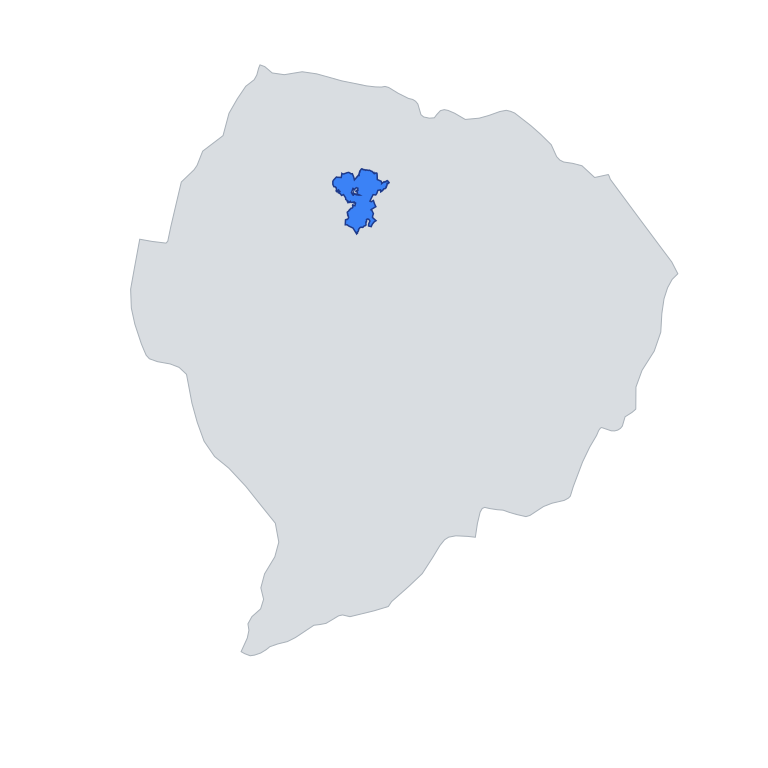 Marondera, Mashonaland East, Zimbabwe (highlighted), rotated 281°
{"feature_id": "62879985B19621940565976", "entity_name": "Marondera", "entity_type": "district", "adm_level": 2, "iso_a3": "ZWE", "parent_name": "Zimbabwe", "parent_adm1": "Mashonaland East", "projection": "orthographic", "projection_center": [31.543, -18.251], "detail": "fine", "context": "in_parent", "style": "filled", "palette": "blue", "viewbox_px": 768, "rotation_deg": 281, "n_neighbors": 0, "source": "geoboundaries", "source_scale": "gbopen_adm2", "svg_char_len": 7285}
<svg xmlns="http://www.w3.org/2000/svg" viewBox="0 0 768 768"><g transform="rotate(281 384 384)"><path d="M548.3,651.4L541.7,646.9L532.6,644.0L521.1,642.6L506.1,643.3L487.7,645.8L467.9,643.0L446.7,634.7L429.1,631.9L408.2,635.8L407.3,635.9L403.6,633.0L397.8,626.9L388.2,626.0L385.6,624.6L383.4,622.3L382.0,619.4L381.4,616.1L382.8,605.9L381.9,604.8L379.3,603.6L374.1,602.5L361.4,598.0L345.4,593.8L319.6,589.4L309.5,588.3L307.2,586.8L304.2,583.2L299.0,571.6L294.2,564.0L282.8,552.3L280.9,548.6L281.2,539.2L281.9,531.5L282.9,525.0L282.2,519.0L281.9,511.4L282.1,506.4L280.6,504.2L276.5,502.8L264.9,502.3L251.0,502.9L250.4,495.3L248.7,483.5L246.0,476.7L242.7,473.2L236.1,469.7L223.0,464.9L205.1,457.7L189.7,446.7L171.9,433.0L166.4,430.7L159.5,417.6L149.1,395.0L149.4,387.4L147.8,383.7L138.0,372.8L135.7,367.1L133.8,361.2L118.1,345.3L112.7,338.3L108.5,329.2L104.3,322.0L100.9,319.2L96.4,314.3L93.2,308.7L91.7,304.5L92.7,298.7L94.0,294.8L108.6,298.3L116.5,298.4L122.6,296.2L130.4,298.7L139.7,305.8L149.7,306.9L160.4,302.0L174.9,303.0L193.5,309.8L208.7,310.9L226.6,303.9L242.3,285.3L257.2,267.8L271.8,247.7L280.5,231.5L293.5,218.3L310.9,207.9L328.6,199.1L355.8,188.3L361.2,179.7L362.9,170.3L362.7,157.4L364.0,148.9L366.8,145.1L371.3,142.0L377.2,138.1L395.2,128.0L410.3,121.5L428.7,117.2L448.9,116.9L468.4,116.7L479.5,116.6L479.7,129.1L480.7,143.1L482.9,144.5L497.5,144.7L521.0,145.6L543.6,146.5L558.1,156.7L563.0,158.8L578.0,161.6L597.1,178.6L620.2,180.2L636.0,185.6L649.9,191.5L657.9,198.5L663.1,200.2L670.2,200.7L673.6,201.4L672.8,206.4L668.0,214.9L668.6,227.1L674.9,244.1L675.6,258.8L673.5,284.8L673.3,309.9L674.0,318.9L675.0,324.9L676.3,328.2L676.0,331.9L672.1,342.4L669.0,353.5L668.8,357.9L667.6,361.0L665.3,363.8L655.4,368.9L653.7,372.0L653.6,377.8L654.9,382.6L658.6,384.4L663.1,387.2L664.8,390.8L664.8,394.6L663.3,401.6L659.2,413.3L663.1,426.7L667.5,435.5L673.5,445.6L676.0,451.8L675.8,456.3L674.9,460.6L665.6,478.9L658.9,490.3L650.8,502.5L640.1,510.1L637.4,513.8L636.2,518.0L636.6,527.1L636.0,536.7L626.9,551.4L632.4,564.2L631.1,565.3L628.1,567.1L615.0,581.4L601.8,595.8L592.2,606.3L581.3,618.3L569.1,631.7L558.7,643.2L548.3,651.4Z" fill="#d9dde1" stroke="#a8b0b8" stroke-width="1"/><path d="M542.8,345.0L544.9,341.5L545.4,340.9L546.9,340.8L549.2,341.1L552.3,338.8L552.5,338.0L553.0,338.3L556.2,341.8L556.3,342.0L556.5,342.2L558.9,340.4L562.1,338.6L560.5,336.7L560.8,335.3L563.7,336.0L567.8,337.2L568.0,339.8L569.8,340.6L572.9,341.0L573.5,342.5L573.9,343.5L572.0,344.1L572.2,344.3L572.7,344.9L573.0,345.1L573.3,345.4L573.5,345.3L573.7,345.6L573.8,345.7L574.1,345.7L574.3,346.0L574.6,346.3L575.1,346.3L575.5,346.5L575.7,346.9L575.9,347.7L576.3,348.0L576.6,348.1L576.8,348.2L576.8,348.4L577.0,348.6L577.7,348.7L578.4,348.4L578.6,348.6L578.8,348.8L579.0,349.0L579.4,348.9L579.9,349.0L580.2,348.9L580.4,348.9L580.7,348.8L581.0,348.8L581.4,348.8L581.2,349.2L581.3,349.6L581.6,349.8L582.0,349.8L582.3,350.0L582.3,350.4L582.6,350.6L583.0,350.3L583.0,349.8L583.4,349.6L583.5,349.4L584.1,348.9L584.1,348.7L584.0,348.4L584.2,348.2L582.7,346.6L582.3,346.3L582.6,345.5L580.4,343.6L580.5,343.6L582.5,342.5L583.4,338.4L587.4,337.5L588.8,337.1L589.5,336.9L589.6,336.5L589.7,336.1L589.7,335.9L589.6,335.7L589.4,335.6L589.2,335.3L589.1,335.1L589.1,334.9L588.7,334.7L588.7,334.1L589.2,333.9L589.4,333.7L589.6,333.7L589.4,333.2L589.7,333.0L589.8,332.7L589.9,332.4L590.1,332.1L590.2,331.9L590.4,331.8L590.5,331.6L590.5,330.9L590.5,330.7L590.7,330.3L590.7,330.2L590.8,329.8L590.9,329.6L591.0,329.3L591.1,329.1L591.0,328.8L591.0,328.5L590.7,328.1L590.7,327.5L590.8,327.3L590.7,326.9L590.8,326.7L590.7,326.2L590.6,325.9L590.8,325.6L590.8,325.4L590.5,325.2L590.4,325.0L590.3,324.9L590.5,324.7L590.5,324.2L590.6,323.8L590.6,323.7L590.5,323.4L590.7,323.2L590.5,322.9L590.4,322.7L590.5,322.2L590.6,321.9L590.9,321.8L590.9,321.5L591.0,321.3L591.0,321.2L590.9,320.9L590.6,320.7L589.8,320.3L589.4,320.2L588.8,320.0L588.7,320.0L588.6,319.8L588.4,319.6L588.1,319.7L587.9,319.6L587.7,319.8L587.4,319.8L587.1,319.8L586.8,319.7L586.5,319.4L586.3,319.4L586.1,319.4L585.9,319.5L584.9,319.4L584.7,319.3L584.6,319.5L584.3,319.8L584.0,319.8L584.1,319.1L582.6,318.2L582.6,318.3L578.7,316.0L580.5,315.2L580.9,315.0L581.0,315.0L582.6,314.0L584.4,312.8L584.3,312.5L584.2,312.4L584.2,312.2L584.1,311.9L584.2,311.6L584.1,311.2L584.5,310.7L584.7,309.8L584.8,309.6L585.0,309.1L584.4,307.5L583.7,306.4L582.5,304.3L582.4,302.8L582.6,302.5L578.5,302.6L578.4,302.4L578.5,301.9L578.4,301.4L578.4,301.0L578.3,300.7L578.2,300.1L578.2,299.7L578.1,299.2L578.0,298.9L578.1,297.8L574.6,295.6L573.2,295.1L570.2,295.7L568.1,297.2L568.2,298.3L568.2,298.8L567.7,299.2L567.6,299.5L567.4,299.7L567.1,299.8L566.8,299.8L566.2,300.2L565.8,300.2L565.7,300.3L565.4,300.4L565.2,300.3L564.8,300.3L564.7,300.2L564.6,300.3L564.6,300.5L564.4,300.5L564.3,300.3L564.2,300.3L564.1,300.5L563.9,300.8L563.7,301.0L564.0,301.8L565.3,302.0L565.8,302.3L565.7,302.4L565.7,302.5L565.4,302.6L565.3,302.9L565.0,303.1L564.7,303.2L564.7,303.8L564.5,304.0L564.4,304.1L563.0,302.9L562.4,304.8L561.0,306.4L562.2,308.1L559.4,310.8L557.9,311.2L556.8,313.4L556.2,313.1L555.1,314.1L556.1,314.8L555.7,315.5L556.8,316.1L556.5,316.3L556.0,316.8L555.9,317.0L556.0,317.2L556.9,319.8L556.0,319.9L556.0,320.7L556.5,320.9L556.2,321.6L553.4,321.4L553.6,320.0L554.0,319.2L553.4,319.1L553.0,319.1L552.5,319.5L552.2,319.6L551.5,319.6L551.4,319.6L551.0,319.4L550.8,319.3L550.6,319.0L550.4,318.7L550.3,318.2L550.2,318.0L549.9,317.9L549.6,317.8L549.2,317.6L549.0,317.4L548.9,317.1L548.7,316.9L548.2,317.0L548.0,316.7L547.6,316.5L547.5,316.4L547.1,316.4L546.8,316.2L546.3,315.6L545.8,315.2L545.5,315.2L545.0,315.3L544.9,315.4L544.7,315.5L544.4,315.9L544.2,315.9L543.9,315.8L543.6,316.0L543.4,316.0L543.2,316.1L542.9,316.1L542.8,316.3L542.8,316.5L542.4,316.5L542.3,316.8L542.1,316.9L541.7,316.9L541.4,317.2L541.0,317.4L540.4,317.5L540.1,317.4L539.8,317.3L539.2,317.0L539.0,316.9L538.8,316.8L538.4,316.4L538.4,316.1L538.4,315.6L538.0,315.2L537.8,314.9L532.9,315.6L533.0,316.2L533.1,316.7L533.3,317.3L532.4,319.1L531.8,321.4L531.2,323.8L526.1,328.5L526.6,328.7L526.9,329.1L527.0,329.2L527.3,329.2L527.5,328.9L527.8,328.7L528.1,328.7L528.3,328.9L528.8,329.5L529.4,329.6L529.8,329.7L530.0,329.7L530.3,329.6L530.5,329.5L530.8,329.6L531.1,329.6L531.4,329.9L531.7,329.9L532.1,330.2L532.5,330.3L532.8,330.5L533.2,330.9L533.3,331.2L533.4,331.3L533.5,331.4L533.5,332.0L533.7,332.3L533.6,332.9L533.8,333.1L533.8,333.4L533.9,333.5L534.0,333.5L535.4,334.4L535.8,335.4L536.7,336.0L539.5,335.3L539.7,335.8L540.9,335.8L542.0,335.4L542.8,336.1L542.7,337.0L542.9,337.5L541.3,339.1L538.0,338.4L536.2,338.7L536.0,341.4L538.6,342.0L541.4,343.5L542.8,345.0ZM563.3,317.8L565.8,317.3L564.4,316.6L564.8,316.3L565.6,315.5L567.9,315.9L568.0,315.9L570.1,316.2L570.0,316.7L569.4,317.1L569.6,317.4L569.2,317.7L568.9,317.7L570.0,318.4L571.4,319.3L571.3,319.5L571.3,320.4L571.2,321.0L570.3,321.1L569.0,321.5L568.9,321.4L569.2,320.6L567.9,319.5L567.6,320.3L567.6,320.8L567.3,321.1L566.9,321.4L565.4,321.1L565.2,321.8L565.2,322.6L564.9,323.7L564.9,323.8L564.8,324.2L564.6,323.5L564.5,323.1L564.6,322.7L564.7,322.3L564.6,321.8L564.4,321.5L564.7,319.7L564.8,319.7L565.5,319.1L565.4,318.8L564.7,318.6L564.7,318.4L564.7,318.2L564.1,317.8L563.8,317.8L562.8,318.0L563.3,317.8Z" fill="#3b82f6" stroke="#1e3a8a" stroke-width="1.5"/></g></svg>